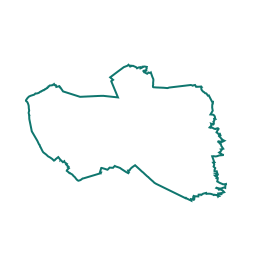 Meierijstad, Noord-Brabant, Netherlands, rotated 188°
{"feature_id": "6326949B86116845039505", "entity_name": "Meierijstad", "entity_type": "district", "adm_level": 2, "iso_a3": "NLD", "parent_name": "Netherlands", "parent_adm1": "Noord-Brabant", "projection": "natural_earth1", "projection_center": [5.498, 51.588], "detail": "fine", "context": "isolated", "style": "outline", "palette": "teal", "viewbox_px": 256, "rotation_deg": 188, "n_neighbors": 0, "source": "geoboundaries", "source_scale": "gbopen_adm2", "svg_char_len": 5442}
<svg xmlns="http://www.w3.org/2000/svg" viewBox="0 0 256 256"><g transform="rotate(188 128 128)"><path d="M61.3,179.3L63.6,178.7L65.6,178.4L65.7,178.5L66.3,178.3L67.6,179.9L69.0,179.4L69.8,178.9L70.6,179.2L71.9,179.3L92.8,173.8L94.2,173.1L94.6,173.0L98.4,172.8L105.5,172.1L108.4,171.9L108.8,172.3L109.0,172.3L109.2,173.3L109.2,173.9L109.1,174.6L109.4,176.0L109.5,178.6L109.7,179.9L109.8,180.0L111.1,182.2L113.1,186.1L113.4,185.7L113.7,185.6L114.2,185.6L115.3,185.8L116.6,184.4L119.3,185.4L119.0,185.9L119.0,186.0L119.8,185.6L120.0,185.9L120.6,186.3L120.7,186.5L120.2,187.0L118.7,187.4L118.0,187.4L117.8,187.4L117.8,187.7L118.0,188.2L118.1,188.7L117.8,189.7L118.0,190.5L117.9,191.1L120.1,191.2L121.9,190.8L121.8,190.5L122.2,190.4L122.3,190.3L122.8,190.1L122.7,189.6L124.0,188.8L124.4,189.9L126.0,189.4L127.4,188.4L128.0,189.0L128.6,189.4L131.8,190.3L133.4,189.7L133.8,190.1L134.5,189.2L136.3,190.7L137.2,189.6L140.6,187.7L146.2,182.2L152.7,175.7L149.5,173.6L151.1,172.0L142.2,156.9L157.1,156.4L160.7,155.8L179.8,152.2L197.4,155.2L199.4,157.4L201.1,158.8L200.8,158.9L201.8,159.9L204.7,158.7L205.1,159.7L205.3,160.2L205.5,160.4L206.6,160.2L206.8,160.5L207.2,161.1L207.3,161.2L207.6,160.7L208.1,160.6L208.3,160.3L208.5,160.1L208.6,159.9L209.2,159.8L210.2,159.4L211.4,159.2L212.1,158.4L212.5,158.1L212.4,157.9L212.6,157.5L212.7,157.4L213.0,157.0L213.5,156.8L213.6,156.3L213.9,156.2L214.1,155.9L214.5,155.7L214.9,155.2L215.5,155.0L215.8,154.4L216.0,154.2L216.8,153.9L216.9,153.6L217.0,153.6L217.6,153.4L218.3,152.7L218.9,152.5L219.1,152.0L220.2,151.5L220.8,150.7L221.4,150.4L222.1,149.9L222.9,149.6L223.2,149.5L223.5,149.4L224.5,149.3L225.3,148.2L225.7,147.9L229.0,146.3L230.5,145.3L230.8,144.9L231.8,143.5L232.8,141.5L232.9,141.0L232.8,140.7L232.6,140.5L231.5,139.8L231.1,139.4L230.0,137.5L229.4,136.0L229.0,133.8L228.3,131.5L228.5,129.2L228.4,128.8L227.7,127.3L227.8,127.3L227.8,127.0L227.6,126.6L227.0,123.2L222.8,111.3L216.0,102.7L213.7,99.2L213.3,99.1L212.7,98.0L212.5,97.5L212.3,97.3L212.3,97.1L211.7,96.6L211.5,96.2L209.8,93.7L208.9,92.5L208.3,92.0L205.3,90.3L203.2,88.8L201.1,88.0L198.9,86.9L196.8,85.4L196.1,85.9L195.3,87.1L193.0,89.5L190.4,87.0L190.4,86.9L190.3,87.0L187.7,85.1L186.5,86.2L186.2,85.4L183.5,83.9L184.1,83.2L181.6,81.4L182.1,80.9L180.9,80.0L182.1,78.6L182.4,78.1L182.7,77.1L180.0,75.5L179.5,75.4L179.5,75.1L178.8,75.0L177.2,74.4L176.4,74.0L175.8,73.3L173.5,71.7L172.6,70.7L171.3,69.6L170.5,69.1L169.7,68.9L167.8,69.8L165.9,71.7L165.1,71.9L150.1,78.8L148.9,79.3L148.7,79.3L148.7,79.5L148.8,79.6L148.5,80.3L149.6,80.4L148.9,84.7L148.6,84.8L145.2,84.3L142.6,83.8L142.3,84.0L140.7,86.2L137.3,86.5L136.9,87.1L135.8,88.6L134.8,88.2L132.0,87.7L130.3,87.3L128.8,86.5L125.8,85.1L123.9,84.2L121.4,83.3L121.3,83.5L121.2,83.7L121.5,84.8L121.5,85.0L121.4,85.0L122.0,85.9L120.5,86.4L120.2,87.1L119.9,87.9L118.3,89.8L115.8,92.1L110.8,88.7L110.5,88.5L108.1,86.8L106.7,86.0L105.5,85.1L102.2,82.8L101.5,82.4L101.1,82.3L100.9,82.0L98.6,80.4L96.5,79.0L96.1,78.8L94.9,77.9L94.2,77.4L92.3,76.6L61.0,66.4L60.8,66.8L60.2,66.4L55.2,64.8L55.3,65.2L55.6,66.3L52.9,66.0L52.7,66.4L54.4,66.6L53.7,67.3L53.7,67.6L52.6,67.6L52.5,68.5L52.6,68.9L52.9,68.9L53.0,69.0L53.7,69.2L53.5,69.9L52.5,69.7L48.8,70.0L48.8,71.8L46.1,72.3L46.0,72.0L45.6,72.3L44.5,73.4L41.6,74.6L41.2,73.7L40.5,73.9L38.8,74.2L37.5,74.3L36.8,74.3L34.0,73.8L33.8,73.5L33.6,73.5L32.9,74.0L30.4,73.7L29.7,73.6L29.2,72.6L28.7,73.2L28.4,73.3L29.7,74.2L29.1,74.3L29.3,75.0L29.1,75.1L29.5,75.7L27.7,76.2L27.0,75.2L26.4,75.4L26.9,76.4L26.8,76.5L26.0,76.8L26.0,76.7L23.8,77.8L24.8,78.7L26.1,79.5L26.9,79.8L28.2,80.0L29.4,79.6L29.8,80.3L32.2,80.9L32.0,81.2L30.9,81.0L28.8,80.8L27.2,81.1L25.8,81.9L24.7,82.4L24.3,82.4L23.4,82.2L23.6,84.8L23.4,85.6L23.1,85.8L23.2,86.2L23.6,86.0L24.8,85.7L26.1,85.5L29.7,86.5L32.2,87.5L32.1,88.6L32.1,90.4L32.8,90.5L32.4,90.9L32.3,91.1L34.6,92.4L35.3,93.0L34.9,93.1L33.0,93.2L32.6,94.5L34.1,95.0L33.1,95.2L34.1,97.5L35.2,97.2L36.3,97.1L36.5,98.5L36.0,100.4L37.9,101.7L37.5,103.7L37.8,104.5L38.9,105.6L37.6,106.1L38.0,106.5L40.7,111.7L39.2,112.0L37.4,112.0L36.7,112.2L35.8,112.5L33.9,113.5L30.2,114.4L30.2,114.5L30.5,114.4L30.5,114.6L34.3,116.4L33.1,117.5L32.1,119.6L32.7,119.9L31.4,120.4L30.8,120.7L33.0,123.1L34.3,126.0L34.8,125.7L34.9,125.4L35.1,125.5L35.3,126.1L35.2,126.1L36.8,126.9L36.6,127.4L36.4,127.4L34.6,127.4L33.6,127.0L32.0,127.9L30.8,128.8L31.8,129.1L32.7,129.5L33.1,129.8L33.9,130.3L33.9,130.2L34.1,130.5L35.6,131.8L36.9,132.7L36.9,132.8L36.5,133.5L35.5,133.7L36.3,135.2L36.8,135.2L36.6,135.1L36.5,134.7L36.6,134.4L37.0,134.4L37.4,134.5L37.7,134.7L39.0,135.8L39.2,136.0L39.7,135.9L39.8,136.0L39.4,136.9L39.0,138.3L38.6,138.7L38.2,139.5L38.2,139.8L38.7,140.0L39.0,140.3L40.5,139.7L40.9,139.5L41.2,139.2L41.7,139.2L42.6,139.3L43.2,139.5L44.7,140.1L45.2,140.1L46.0,139.7L47.3,139.9L47.2,140.1L46.6,140.7L45.9,141.8L46.2,143.6L46.3,143.8L45.4,143.6L45.2,143.7L44.3,143.2L44.0,143.3L43.8,143.6L43.8,144.1L43.7,144.2L43.9,144.4L44.0,144.7L43.9,145.2L43.8,145.5L43.9,146.1L44.2,146.3L43.5,147.5L44.0,149.1L43.7,149.2L43.3,149.1L42.8,149.2L43.0,149.4L43.5,151.1L43.8,151.7L44.5,152.5L45.6,153.0L48.2,152.9L46.5,156.9L47.5,160.0L47.7,161.9L47.8,162.7L47.7,164.1L47.4,164.1L47.5,165.8L48.4,165.7L52.5,171.5L53.3,171.1L54.4,172.2L54.8,172.7L55.2,173.1L55.4,173.1L56.2,173.2L56.5,173.2L57.5,174.0L58.9,174.6L59.3,175.0L60.2,175.8L60.7,176.5L60.9,177.5L61.0,177.7L61.0,177.8L61.5,178.9L61.0,179.0L61.3,179.3Z" fill="none" stroke="#0f766e" stroke-width="2"/></g></svg>